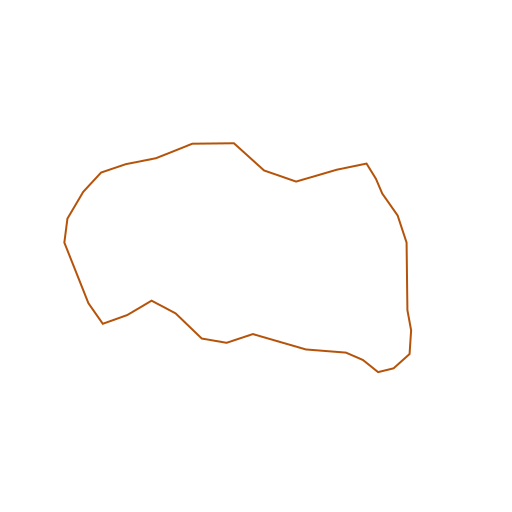 an SVG outline of Taipei City, rotated 120°
{"feature_id": "TWN-1166", "entity_name": "Taipei City", "entity_type": "Special Municipality", "adm_level": 1, "iso_a3": "TWN", "parent_name": "Taiwan", "parent_adm1": "", "projection": "albers", "projection_center": [121.562, 25.088], "detail": "fine", "context": "isolated", "style": "outline", "palette": "amber", "viewbox_px": 512, "rotation_deg": 120, "n_neighbors": 0, "source": "natural_earth", "source_scale": "10m", "svg_char_len": 568}
<svg xmlns="http://www.w3.org/2000/svg" viewBox="0 0 512 512"><g transform="rotate(120 256 256)"><path d="M264.1,74.0L284.5,80.7L295.5,92.2L292.6,111.4L294.7,129.8L303.0,147.2L312.0,166.1L325.2,219.7L345.9,238.1L354.6,261.7L345.9,296.9L346.9,324.1L371.4,337.9L391.3,354.8L380.7,377.5L340.2,428.7L317.9,438.0L286.8,437.7L261.2,431.9L241.6,414.7L221.3,391.5L190.6,367.3L169.4,331.5L177.9,291.8L171.5,258.5L140.8,229.1L120.7,206.5L129.2,190.7L138.8,177.9L150.1,153.6L169.1,132.3L227.2,97.8L242.8,84.5L264.1,74.0Z" fill="none" stroke="#b45309" stroke-width="2"/></g></svg>